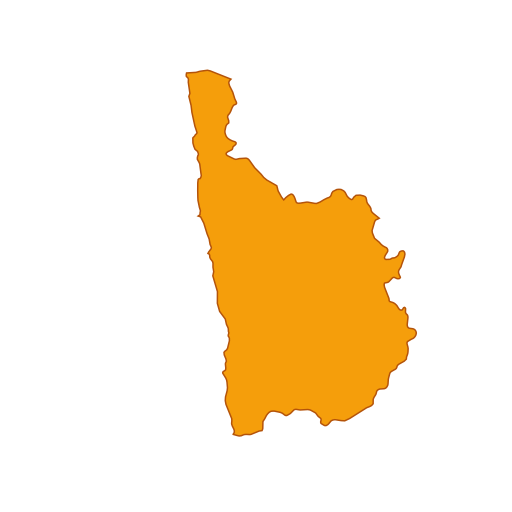 outline of Arequipa, rotated 54°
{"feature_id": "PER-570", "entity_name": "Arequipa", "entity_type": "Department", "adm_level": 1, "iso_a3": "PER", "parent_name": "Peru", "parent_adm1": "", "projection": "mercator", "projection_center": [-72.544, -15.989], "detail": "fine", "context": "isolated", "style": "filled", "palette": "amber", "viewbox_px": 512, "rotation_deg": 54, "n_neighbors": 0, "source": "natural_earth", "source_scale": "10m", "svg_char_len": 6040}
<svg xmlns="http://www.w3.org/2000/svg" viewBox="0 0 512 512"><g transform="rotate(54 256 256)"><path d="M386.8,379.3L386.0,377.3L384.5,376.2L383.1,375.7L379.6,375.1L377.5,374.4L376.7,373.8L375.1,372.4L373.6,371.4L373.2,371.2L358.4,367.5L355.0,365.9L352.1,363.5L348.0,358.5L345.8,356.5L341.0,353.6L339.1,352.7L337.0,352.2L331.4,351.8L330.7,351.4L330.2,350.5L330.4,348.5L330.2,347.5L328.9,346.3L325.3,344.2L324.6,343.4L323.7,341.8L321.5,340.8L317.3,339.8L315.1,338.5L314.7,336.8L314.7,335.0L313.9,333.2L309.0,327.4L306.9,325.9L305.9,325.6L305.1,325.6L304.4,325.5L303.6,324.9L302.6,323.6L302.0,323.0L301.1,322.8L300.6,322.5L298.6,321.2L297.7,320.8L294.0,320.1L288.9,317.9L279.5,318.0L271.6,315.1L262.1,308.1L246.7,302.6L243.8,299.4L239.8,297.4L236.5,295.0L235.0,294.4L231.5,294.5L229.8,294.1L228.4,293.2L227.1,292.7L225.7,293.4L225.0,292.1L223.8,288.2L223.1,287.3L222.2,286.9L219.6,286.3L214.7,283.9L209.2,282.5L198.7,278.9L191.8,277.8L189.7,279.3L189.7,277.1L188.1,275.8L187.2,274.8L186.6,274.3L183.4,273.2L177.0,270.3L174.4,268.6L168.8,264.7L162.6,260.1L160.1,257.8L160.0,256.7L160.5,255.6L159.8,254.2L158.8,253.0L156.1,251.6L148.6,247.5L147.2,247.1L143.3,246.6L141.9,245.6L140.7,244.2L140.4,243.3L139.3,242.5L137.1,241.8L133.8,242.6L130.6,241.8L127.5,240.6L123.6,237.9L123.2,237.4L123.0,235.6L122.7,234.7L122.3,233.9L122.2,232.6L121.7,231.3L119.4,230.5L115.0,229.1L102.3,223.5L96.0,220.0L87.4,216.5L85.6,213.9L75.7,208.7L73.3,206.8L72.1,206.4L70.8,206.6L70.1,206.8L69.5,206.7L68.1,205.7L67.1,204.6L72.1,196.7L72.7,195.3L73.3,193.5L74.0,192.0L77.2,186.1L79.4,184.2L98.2,172.3L98.4,173.4L98.6,174.2L98.9,175.1L99.5,175.9L100.4,176.5L102.9,177.4L109.7,178.5L116.4,180.8L119.7,181.4L120.6,181.7L121.2,182.2L121.4,183.0L121.2,183.9L120.9,184.8L121.1,186.2L121.9,188.0L124.0,191.3L124.9,193.1L125.4,194.6L125.6,195.7L126.2,196.7L127.2,197.5L130.6,198.6L132.3,199.8L132.4,201.8L132.6,202.6L133.0,203.5L133.5,204.3L136.5,207.6L137.2,208.1L138.0,208.6L139.0,209.0L140.9,209.6L142.6,209.8L143.6,209.7L144.7,209.5L146.8,208.7L149.0,207.5L151.2,205.9L152.0,205.6L152.8,205.6L153.6,206.3L153.9,207.3L154.1,209.9L154.1,210.2L154.2,210.4L154.7,211.1L155.2,211.7L155.7,212.4L155.8,213.3L155.1,217.4L155.1,218.2L155.2,219.2L155.6,220.0L156.5,220.4L157.9,220.2L164.7,216.6L165.7,215.8L166.3,214.9L167.4,212.2L170.9,206.7L171.6,206.0L172.7,205.4L174.4,205.1L183.8,205.2L193.0,203.8L197.0,203.6L200.9,202.6L211.4,197.9L214.0,198.9L214.8,199.3L216.6,199.9L223.2,200.7L226.9,200.6L226.8,199.8L226.3,197.9L226.1,194.1L226.5,191.3L227.1,190.6L227.9,190.3L228.8,190.1L230.8,190.3L232.8,190.8L235.5,191.7L236.2,191.8L236.9,191.7L237.6,191.3L238.2,190.7L239.2,189.2L242.1,183.5L242.8,182.5L248.0,177.5L249.1,176.1L250.0,172.4L250.4,167.8L251.0,164.2L251.5,162.8L251.6,161.8L251.5,160.6L250.9,159.4L249.7,157.8L249.0,155.8L249.7,151.6L250.3,150.5L251.2,149.2L251.7,148.6L252.3,148.0L253.1,147.6L254.8,146.8L255.8,146.6L257.0,146.5L261.0,147.1L262.1,147.0L263.2,146.9L265.2,146.3L266.0,145.9L266.6,145.4L266.8,144.5L265.9,142.3L265.7,139.4L267.9,136.0L270.3,133.9L271.9,132.9L273.3,132.7L275.1,133.4L276.0,133.8L276.8,134.3L278.0,134.7L279.5,134.9L282.3,134.8L283.9,134.9L285.2,135.2L286.1,135.7L287.1,136.2L288.7,136.4L290.5,136.1L297.9,134.1L297.7,135.7L297.3,137.5L297.3,138.3L297.6,139.1L298.1,140.0L303.6,147.1L305.8,148.3L311.4,149.7L317.3,148.2L319.8,148.0L322.0,147.5L323.9,146.7L326.0,145.6L327.0,145.5L328.2,145.7L329.0,146.2L329.7,146.8L330.1,147.7L331.2,150.4L331.6,151.3L332.1,152.1L332.6,152.8L333.3,153.3L334.2,153.4L335.1,153.0L337.4,149.6L337.6,148.8L337.6,147.9L337.8,146.9L338.9,145.0L339.1,144.1L339.2,142.2L339.1,141.3L338.9,140.4L338.4,139.6L337.4,138.0L337.1,137.2L337.2,136.2L337.5,135.3L337.9,134.5L338.5,133.8L339.3,133.6L340.2,133.6L341.0,133.9L341.4,134.1L342.1,134.5L344.0,136.5L348.2,142.7L350.0,145.1L351.1,148.0L351.6,148.9L352.1,149.6L353.0,150.3L354.1,150.8L355.9,151.3L357.2,151.5L358.2,151.8L358.5,152.5L358.5,153.3L358.1,154.1L357.5,154.9L356.9,155.4L355.2,156.3L354.5,156.8L354.0,157.6L353.9,158.5L354.8,163.3L354.9,164.2L354.7,164.9L354.5,165.6L353.7,167.2L353.5,168.1L354.6,169.3L356.9,170.4L368.1,173.3L369.1,173.7L370.1,174.4L370.9,174.6L371.7,174.4L374.1,172.6L375.5,171.9L376.4,171.6L378.5,171.2L379.5,171.2L381.6,171.4L382.7,171.4L383.7,171.3L384.6,170.9L385.2,170.2L385.5,169.5L385.3,168.6L384.9,167.8L384.6,167.0L384.8,166.1L385.4,165.8L386.5,165.9L389.3,168.1L390.7,168.5L392.7,168.2L393.9,168.5L395.3,169.4L400.5,174.1L401.4,174.6L402.6,175.0L403.7,174.9L404.5,174.5L407.0,171.9L407.7,171.4L408.5,171.0L409.4,170.8L410.2,170.8L411.2,171.0L412.0,171.3L412.8,171.8L413.5,172.6L414.2,173.6L414.8,175.2L415.0,176.3L415.0,177.5L414.6,179.5L414.3,183.4L414.5,184.3L415.2,185.1L416.5,185.7L418.9,186.6L420.4,187.4L422.9,189.4L424.3,190.8L426.2,193.6L427.8,195.0L428.2,198.0L427.5,204.0L427.6,205.5L428.1,206.7L428.8,207.5L429.4,208.6L429.5,209.5L429.5,210.2L429.3,211.3L429.0,214.3L429.1,215.6L429.5,216.6L432.4,220.2L433.6,221.5L437.2,224.5L438.0,225.4L438.8,227.0L439.1,228.3L439.0,229.4L438.7,230.3L436.3,234.2L436.1,235.1L436.0,235.7L436.0,236.8L436.3,237.7L436.9,238.5L437.6,239.3L438.4,240.4L439.8,243.8L440.8,245.4L444.4,248.1L444.9,250.4L444.6,252.6L443.8,255.6L442.5,275.8L441.5,281.1L439.2,283.9L435.3,287.8L434.6,288.7L434.0,289.9L433.7,290.9L433.6,291.7L433.6,292.5L434.4,295.6L434.6,296.8L434.5,298.6L434.0,299.6L433.3,300.3L430.2,301.6L429.6,301.8L428.9,301.6L428.2,301.2L427.0,299.8L426.3,299.3L425.4,299.1L424.5,299.3L422.6,299.9L421.6,300.0L418.5,300.0L417.6,300.2L413.1,302.3L412.1,302.9L410.6,304.4L406.5,310.8L403.6,313.7L403.0,314.7L402.8,315.8L403.5,320.0L403.6,321.1L403.3,323.8L403.1,324.9L402.5,325.7L401.7,326.2L398.7,327.1L396.7,328.3L392.2,332.4L391.4,333.5L390.5,335.1L390.3,336.2L390.2,337.2L390.5,339.2L391.1,341.2L392.8,344.6L394.0,347.7L399.5,351.9L400.2,352.7L400.8,353.8L400.4,354.5L400.0,355.3L399.5,356.2L397.5,364.4L397.2,365.3L396.8,366.0L394.4,369.0L393.4,370.8L392.7,373.7L391.7,375.4L390.1,376.8L386.9,379.3L386.8,379.3Z" fill="#f59e0b" stroke="#b45309" stroke-width="1.5"/></g></svg>